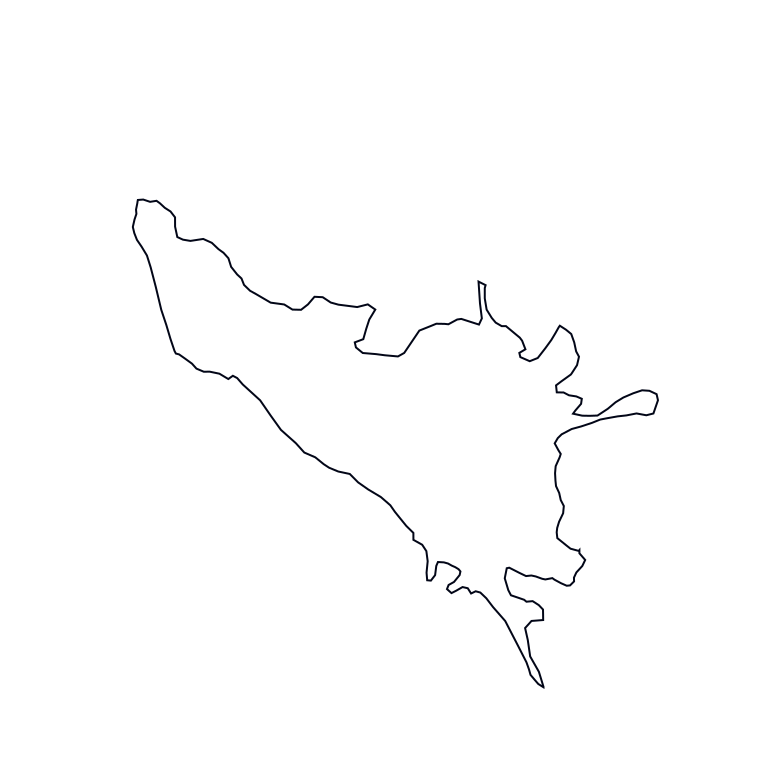 the district of Larnaka, Larnaca, Cyprus, rotated 126°
{"feature_id": "46923920B89189086057920", "entity_name": "Larnaka", "entity_type": "district", "adm_level": 2, "iso_a3": "CYP", "parent_name": "Cyprus", "parent_adm1": "Larnaca", "projection": "mercator", "projection_center": [33.619, 34.898], "detail": "fine", "context": "isolated", "style": "outline", "palette": "ink", "viewbox_px": 768, "rotation_deg": 126, "n_neighbors": 0, "source": "geoboundaries", "source_scale": "gbopen_adm2", "svg_char_len": 3291}
<svg xmlns="http://www.w3.org/2000/svg" viewBox="0 0 768 768"><g transform="rotate(126 384 384)"><path d="M244.3,359.9L245.6,367.7L262.4,353.7L273.4,343.4L280.1,342.1L285.9,359.7L288.8,362.7L297.8,367.0L299.8,370.4L304.5,377.1L309.7,380.3L320.0,386.8L347.0,385.9L353.5,388.9L360.2,400.1L364.5,408.0L371.4,419.4L370.9,428.2L367.5,432.1L359.9,427.1L349.8,430.8L340.5,433.8L328.9,434.8L329.1,443.9L337.5,450.9L343.3,461.5L346.6,467.5L349.4,475.0L349.8,484.6L354.3,491.5L364.3,492.3L372.7,494.7L377.6,501.8L378.3,511.4L379.4,513.5L384.8,523.5L385.6,531.6L386.5,540.6L387.3,547.1L386.1,555.5L382.4,561.3L381.7,567.2L379.1,576.5L373.7,583.8L372.2,590.9L372.2,597.1L371.0,606.3L372.9,615.5L382.0,624.7L385.4,631.5L386.6,637.6L379.5,645.5L372.0,651.0L369.9,658.1L370.3,664.9L369.5,671.5L369.5,675.7L374.1,680.3L376.3,687.2L379.8,691.3L381.1,690.7L382.8,689.8L388.7,687.1L391.9,684.3L397.6,682.5L404.6,679.5L408.7,674.7L412.6,668.6L415.4,660.8L419.4,651.3L426.8,641.3L439.6,625.7L454.9,607.8L464.2,594.8L473.0,583.3L480.4,572.9L481.7,570.3L480.5,567.2L480.4,560.4L480.4,551.3L481.8,544.8L480.0,537.0L476.5,532.3L472.4,523.2L471.5,512.9L466.2,511.1L465.5,506.3L467.4,498.0L470.0,474.6L476.1,457.3L481.7,440.4L483.7,420.5L486.3,408.2L483.7,396.5L484.3,385.7L484.0,379.2L481.7,369.6L476.9,358.8L478.8,347.1L478.6,334.8L477.3,320.0L478.4,307.6L481.0,300.1L482.7,293.8L485.7,282.6L487.2,272.7L492.8,268.6L491.6,258.6L494.3,251.5L501.7,244.5L511.6,238.7L517.4,233.7L515.5,230.5L508.6,230.3L500.4,234.8L496.3,235.7L493.1,230.7L491.6,226.7L491.1,222.4L490.3,218.7L490.0,214.8L490.7,212.0L494.1,210.5L503.0,211.0L508.6,213.6L512.9,212.5L513.5,206.5L508.8,204.1L502.1,201.1L500.0,196.2L502.3,190.4L497.8,188.0L496.1,183.5L497.2,175.3L500.4,164.6L504.5,146.6L517.0,121.7L525.4,105.2L529.7,98.9L533.2,94.5L534.9,87.6L536.0,82.9L535.6,76.7L535.3,76.9L525.8,89.5L518.5,105.6L506.6,117.2L498.5,126.4L489.0,125.4L481.4,116.5L476.7,120.0L473.0,122.8L471.9,128.8L472.3,136.1L476.4,140.8L476.2,143.8L477.9,149.4L480.3,157.1L477.7,162.3L470.2,172.1L460.9,176.4L459.0,174.7L457.2,163.3L455.9,156.2L452.3,152.2L450.5,148.1L448.6,141.5L447.3,138.6L442.1,133.7L442.1,131.1L441.1,123.6L439.8,117.6L437.6,115.1L432.0,114.2L429.0,116.5L423.4,117.6L414.7,116.6L408.1,117.8L406.1,126.4L403.5,128.3L404.6,128.4L407.6,136.3L407.4,141.5L406.8,153.2L402.5,157.1L398.6,159.3L392.5,161.4L383.3,163.1L377.0,166.8L374.0,172.8L369.2,178.2L365.5,184.8L361.5,188.4L355.6,193.2L349.6,196.8L340.1,198.8L336.7,199.9L335.1,203.9L331.7,211.0L325.6,211.6L320.3,210.7L310.1,205.7L302.5,199.6L293.2,192.9L285.7,188.2L281.0,183.8L272.8,175.9L267.0,169.5L259.4,162.4L255.1,153.4L249.5,148.7L236.1,152.8L232.0,157.5L233.5,165.3L237.4,171.5L245.0,176.9L254.2,182.4L262.6,185.9L272.6,188.4L284.0,192.7L288.7,198.7L293.1,205.0L296.9,213.6L292.9,213.6L284.2,212.9L279.7,215.3L281.0,221.1L284.4,227.7L285.3,233.7L289.2,239.3L284.0,244.0L277.7,242.1L266.5,238.4L265.0,238.4L255.3,238.9L247.3,242.3L244.7,247.7L238.5,254.6L233.5,261.9L233.1,268.7L233.5,276.0L235.3,276.0L242.2,275.2L250.1,274.5L260.3,274.5L272.6,274.9L279.9,279.5L282.1,289.5L279.3,292.8L272.8,290.0L267.8,297.7L266.7,301.3L266.1,310.3L265.5,319.4L268.0,322.8L268.7,329.7L267.2,335.7L263.5,344.7L255.5,352.8L247.1,358.9L244.3,359.9Z" fill="none" stroke="#020617" stroke-width="2"/></g></svg>